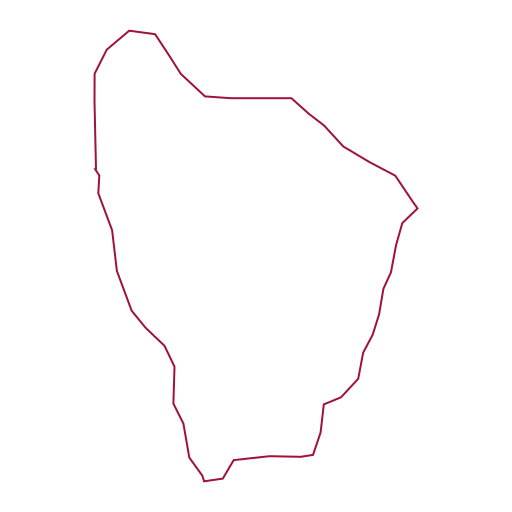 Ljusnarsberg, Orebro, Sweden (orthographic projection)
{"feature_id": "70781695B35702082689476", "entity_name": "Ljusnarsberg", "entity_type": "district", "adm_level": 2, "iso_a3": "SWE", "parent_name": "Sweden", "parent_adm1": "Orebro", "projection": "orthographic", "projection_center": [15.001, 59.953], "detail": "fine", "context": "isolated", "style": "outline", "palette": "rose", "viewbox_px": 512, "rotation_deg": 0, "n_neighbors": 0, "source": "geoboundaries", "source_scale": "gbopen_adm2", "svg_char_len": 722}
<svg xmlns="http://www.w3.org/2000/svg" viewBox="0 0 512 512"><path d="M95.1,169.1L99.3,175.5L98.3,193.3L112.1,230.2L116.9,271.0L131.7,310.8L145.6,327.8L164.5,345.8L174.5,366.7L173.4,403.6L183.4,423.6L189.3,457.6L202.3,475.6L204.1,481.3L222.8,478.6L233.7,460.1L269.5,456.2L300.8,456.8L313.0,454.9L320.6,432.5L323.8,404.4L341.0,397.3L358.2,378.8L363.2,352.6L372.7,334.7L379.1,314.3L383.4,288.8L391.0,272.2L396.0,245.4L402.3,223.1L417.5,208.4L412.7,201.6L395.3,175.7L369.3,162.0L343.3,146.5L325.7,127.3L324.3,125.7L308.7,113.7L291.4,98.2L262.0,98.2L231.0,98.2L205.0,96.4L180.9,74.0L168.8,55.0L155.1,34.2L129.2,30.7L106.8,49.6L94.6,73.7L94.5,101.4L96.0,168.8L95.1,169.1Z" fill="none" stroke="#9f1239" stroke-width="2"/></svg>